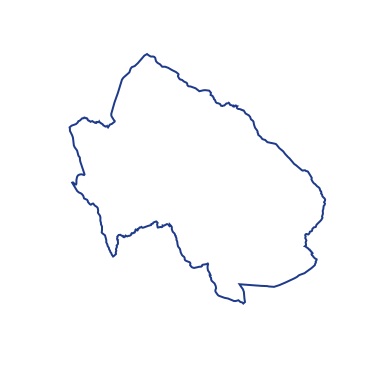 Plai Phraya, Krabi, Thailand, rotated 320°
{"feature_id": "78962969B62820682032584", "entity_name": "Plai Phraya", "entity_type": "district", "adm_level": 2, "iso_a3": "THA", "parent_name": "Thailand", "parent_adm1": "Krabi", "projection": "equal_earth", "projection_center": [98.811, 8.55], "detail": "fine", "context": "isolated", "style": "outline", "palette": "blue", "viewbox_px": 384, "rotation_deg": 320, "n_neighbors": 0, "source": "geoboundaries", "source_scale": "gbopen_adm2", "svg_char_len": 6039}
<svg xmlns="http://www.w3.org/2000/svg" viewBox="0 0 384 384"><g transform="rotate(320 192 192)"><path d="M275.4,295.6L275.8,294.4L278.2,292.9L278.9,292.1L280.0,290.5L281.6,289.5L283.8,287.4L285.3,287.1L286.4,286.4L286.6,284.7L288.2,284.2L289.1,283.4L289.4,282.2L289.1,279.3L290.0,277.5L289.9,276.2L290.7,275.6L291.3,274.5L291.1,273.8L291.2,273.2L292.1,271.2L292.0,269.6L291.5,268.0L291.4,265.1L291.0,263.9L291.0,262.1L291.3,260.3L291.7,259.0L292.7,258.3L292.9,257.9L293.9,251.0L293.7,250.3L292.9,249.4L292.6,248.1L291.7,247.4L290.6,246.8L290.2,246.1L288.9,238.4L288.3,236.2L288.3,228.9L288.0,226.9L287.8,222.8L288.0,219.5L287.1,214.6L287.2,209.6L286.7,208.5L281.8,202.3L281.5,199.2L280.2,197.2L279.9,196.5L280.1,194.1L279.5,190.7L280.2,189.8L280.4,188.6L281.1,187.9L281.4,186.9L281.6,183.5L281.8,182.8L282.8,180.3L284.3,177.6L284.4,176.6L283.9,174.2L284.8,171.8L284.8,169.8L283.5,166.3L284.0,163.0L283.9,162.6L283.3,162.0L283.3,161.6L282.8,160.9L282.6,160.8L282.6,160.3L281.9,159.2L280.8,158.1L280.4,157.0L280.5,156.3L281.2,155.3L281.7,155.3L281.4,154.9L281.4,154.4L281.3,154.1L280.8,154.1L280.7,153.7L279.7,153.5L279.5,152.9L278.9,153.4L278.5,152.8L278.6,152.3L278.2,151.1L277.4,150.2L277.2,149.6L277.6,148.3L277.5,147.4L277.1,147.5L275.3,146.3L272.4,146.5L271.3,145.8L270.6,145.7L269.7,144.6L270.0,143.0L269.9,142.3L269.0,140.7L268.3,140.0L268.0,138.8L268.1,138.0L268.7,136.5L268.7,135.6L268.5,135.2L268.8,134.3L269.3,133.5L269.2,132.2L269.5,131.5L268.6,129.7L270.3,128.1L270.3,125.4L268.4,123.3L267.0,122.0L265.9,121.3L262.4,119.5L261.4,114.8L258.7,110.2L257.5,109.0L257.2,108.4L257.1,107.3L257.9,106.0L258.1,104.9L256.9,102.4L256.4,99.7L255.3,98.2L255.1,96.9L255.6,94.4L255.9,94.0L257.2,93.4L257.4,92.9L257.3,91.9L256.8,89.7L255.0,85.6L253.6,81.6L251.9,78.7L249.7,76.9L249.6,73.7L248.6,70.9L248.5,68.9L248.8,68.0L250.0,65.7L250.0,64.4L249.3,63.2L247.5,61.7L246.8,59.9L246.2,57.4L243.1,56.9L233.3,58.5L229.0,58.7L226.3,57.7L224.4,58.0L220.9,60.1L213.1,60.3L210.6,60.9L198.7,68.6L190.3,73.5L180.6,80.1L179.5,81.3L179.0,82.5L178.4,86.6L178.4,88.0L177.9,88.4L174.3,88.3L172.4,87.6L169.3,88.5L169.4,87.8L169.0,87.3L169.2,86.9L168.7,86.9L168.4,86.4L167.7,86.2L167.2,84.5L166.9,84.1L167.1,83.0L167.0,82.3L166.7,81.7L166.7,81.1L166.3,80.7L166.2,79.3L166.0,79.0L166.1,78.6L165.9,78.7L165.6,78.2L164.8,78.1L164.6,77.6L163.9,77.3L163.5,77.4L163.5,77.1L163.0,77.2L162.9,76.8L162.3,76.8L161.4,74.5L161.3,73.7L160.5,73.3L159.4,73.0L159.1,71.4L158.8,71.2L158.5,70.5L158.6,69.8L158.5,69.2L158.9,68.8L158.9,68.1L158.7,67.6L158.0,67.1L157.7,66.1L157.3,65.7L156.4,65.9L155.4,65.0L151.7,65.2L150.5,64.7L149.2,65.3L146.8,65.4L142.5,63.8L139.8,63.8L139.1,65.1L137.8,66.7L136.6,71.6L135.7,73.9L131.5,80.3L130.9,82.2L130.6,86.4L128.7,90.4L128.3,91.4L128.3,92.8L128.1,93.7L127.0,95.1L125.9,97.1L121.2,109.0L120.9,109.5L120.2,109.6L118.9,107.6L118.3,107.1L116.9,106.3L115.2,106.0L113.6,106.6L111.3,108.4L108.7,111.4L108.0,111.7L107.3,111.1L107.1,108.4L106.6,107.9L106.2,107.8L104.7,117.3L105.0,119.5L105.9,121.3L106.3,122.5L106.3,124.8L105.2,127.6L106.6,130.5L106.5,131.6L105.9,132.8L105.9,135.3L106.2,136.5L106.6,136.8L108.2,136.9L108.9,137.4L108.8,139.8L109.5,142.2L109.5,143.5L109.2,144.2L108.1,146.0L106.7,147.3L106.5,147.9L106.3,150.8L106.0,151.5L105.6,152.5L103.4,155.0L102.4,157.1L101.5,158.3L100.9,160.5L98.8,163.1L96.8,165.0L96.8,166.0L97.5,169.3L95.4,173.8L94.0,175.4L93.4,177.8L92.7,179.1L92.4,181.4L91.7,182.6L91.4,184.3L90.9,185.5L90.9,186.8L90.3,188.4L90.1,190.7L91.1,190.8L94.0,190.6L94.7,189.3L96.3,188.3L96.8,187.2L97.2,186.8L99.2,185.8L99.8,184.6L101.6,184.3L102.5,183.6L104.0,181.4L104.4,181.2L104.1,180.5L104.7,179.5L105.4,179.2L106.0,178.2L108.1,177.8L109.6,178.7L110.0,180.3L110.9,181.2L110.9,181.6L110.5,182.1L110.8,182.8L111.5,182.6L111.7,183.1L112.0,183.2L113.2,182.8L113.6,184.0L113.9,184.4L115.1,184.7L115.7,185.2L117.1,185.7L118.4,185.4L118.8,184.9L119.4,184.8L120.4,185.7L121.3,185.7L121.8,186.2L122.5,186.0L122.9,185.6L123.8,185.3L124.4,184.6L124.8,184.5L125.0,184.7L125.2,186.1L125.5,186.4L126.4,186.1L126.9,185.5L127.8,185.8L129.0,185.5L129.5,186.0L130.8,186.2L131.0,187.4L132.0,188.1L136.7,189.8L139.4,191.0L140.3,190.4L141.5,191.0L142.9,190.6L145.6,191.5L145.8,191.8L145.8,193.6L144.6,194.2L143.0,196.9L143.0,197.3L145.5,198.6L146.0,199.3L146.7,199.6L147.0,199.6L148.0,198.7L148.6,199.6L149.0,199.8L152.2,200.5L153.1,202.0L152.8,203.1L152.9,203.9L153.6,204.0L154.1,203.2L154.2,204.8L154.0,205.8L153.4,206.7L152.7,207.3L151.7,210.0L151.9,212.3L151.7,213.5L151.1,214.7L151.3,215.3L150.8,215.9L150.4,217.4L149.3,218.7L148.9,220.3L147.2,222.9L146.3,224.8L146.2,227.6L145.3,229.7L144.6,230.8L143.9,233.4L143.8,234.6L144.2,236.3L144.2,237.0L144.0,237.7L143.1,239.0L142.9,239.9L143.4,241.3L145.1,244.4L144.9,245.6L143.5,246.9L143.5,249.4L144.4,251.1L145.1,251.7L149.6,254.0L150.9,255.0L151.8,255.2L152.3,254.7L153.4,254.6L156.8,256.6L158.1,256.9L158.0,257.6L156.3,258.8L155.0,260.3L153.8,262.4L153.7,263.8L153.1,266.6L152.7,267.6L152.0,267.2L151.4,268.9L151.5,269.8L150.8,271.0L150.4,271.3L150.0,272.6L150.5,276.6L149.7,279.3L148.6,281.2L146.9,282.1L146.1,283.1L145.9,283.7L145.6,287.1L145.6,287.9L146.0,289.0L148.9,294.0L151.1,296.7L154.1,302.5L155.2,303.5L158.0,304.8L158.4,307.4L159.5,308.9L159.6,310.4L161.9,310.3L163.5,307.6L167.5,301.9L168.5,299.2L168.8,295.6L169.1,293.2L184.7,308.4L189.2,312.5L190.0,313.6L193.9,317.4L199.1,319.5L205.0,321.3L215.1,324.0L217.7,324.5L220.8,324.6L226.0,326.5L234.7,327.1L239.0,327.0L240.5,326.0L241.5,325.7L242.0,324.8L243.3,324.4L244.2,323.7L243.5,321.9L243.3,319.8L243.5,319.3L243.3,317.4L243.6,316.4L245.0,316.4L245.1,315.7L244.9,314.9L245.2,314.2L244.8,313.6L245.1,312.6L244.8,311.8L245.0,311.4L244.7,311.0L244.6,309.2L244.1,307.9L244.1,307.0L243.6,306.1L245.0,306.1L245.6,305.5L246.7,303.6L248.5,302.6L249.2,300.0L250.4,299.2L250.9,297.9L251.6,297.5L252.5,297.6L252.8,297.9L253.7,299.2L254.4,299.3L255.3,299.1L256.8,298.2L258.4,298.9L259.1,298.8L260.4,297.7L262.5,297.4L264.3,298.3L266.4,297.1L271.6,296.7L273.4,296.4L275.4,295.6Z" fill="none" stroke="#1e3a8a" stroke-width="2"/></g></svg>